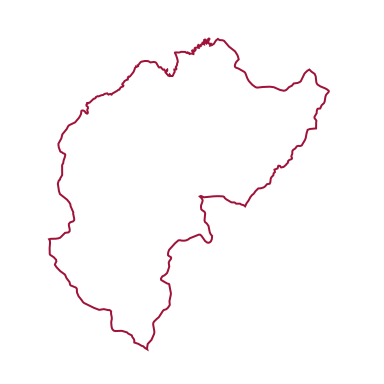 Raman, Yala, Thailand (Robinson projection), rotated 352°
{"feature_id": "78962969B66156572835957", "entity_name": "Raman", "entity_type": "district", "adm_level": 2, "iso_a3": "THA", "parent_name": "Thailand", "parent_adm1": "Yala", "projection": "robinson", "projection_center": [101.443, 6.471], "detail": "fine", "context": "isolated", "style": "outline", "palette": "rose", "viewbox_px": 384, "rotation_deg": 352, "n_neighbors": 0, "source": "geoboundaries", "source_scale": "gbopen_adm2", "svg_char_len": 5837}
<svg xmlns="http://www.w3.org/2000/svg" viewBox="0 0 384 384"><g transform="rotate(352 192 192)"><path d="M325.3,87.1L323.3,87.9L321.4,89.2L319.9,90.4L315.2,97.4L313.8,98.2L311.7,98.7L307.8,98.7L305.8,100.6L302.6,101.7L300.0,103.8L298.5,104.4L297.0,104.5L293.4,103.2L287.8,99.7L284.0,98.6L277.1,97.9L271.1,97.7L269.6,97.1L266.7,94.3L263.9,90.3L263.1,88.5L262.5,86.7L261.4,81.7L260.6,80.4L255.3,76.3L252.8,74.9L252.3,74.5L252.0,73.7L252.0,72.8L252.6,71.4L253.7,69.6L256.7,67.2L256.4,64.4L256.0,62.7L254.2,58.7L248.9,53.2L244.8,46.8L243.4,46.0L240.4,45.4L239.0,44.0L236.8,45.3L234.3,48.3L232.2,49.3L230.3,49.6L230.4,48.8L231.2,47.8L229.3,47.3L229.0,46.2L229.3,44.7L230.6,42.9L230.5,42.6L229.9,42.4L229.2,42.9L229.0,44.0L228.0,45.8L227.0,43.5L226.1,42.8L225.5,43.0L225.9,44.1L226.9,45.0L226.6,46.6L225.9,45.9L225.3,44.5L224.8,44.3L224.4,45.1L224.7,46.2L224.6,47.1L223.7,46.1L223.1,45.8L222.8,46.4L222.9,47.2L221.6,47.2L221.2,47.6L221.1,48.7L220.2,49.0L219.8,48.6L219.0,47.2L218.8,47.2L218.1,48.2L218.1,48.8L218.7,49.7L218.7,50.2L217.4,49.7L215.3,49.6L214.6,50.1L214.7,50.7L215.4,51.6L214.5,52.6L213.7,52.7L212.7,51.7L211.8,52.0L211.8,52.5L213.0,53.5L212.5,53.8L212.8,54.8L212.6,55.6L210.5,54.7L208.7,55.0L208.5,54.6L208.4,53.9L207.1,53.2L206.7,53.7L206.0,53.5L204.9,52.4L200.9,51.7L198.6,52.1L195.4,51.5L194.5,51.6L194.5,52.1L195.2,54.0L195.9,57.8L196.1,60.1L196.0,61.3L195.4,62.1L194.7,64.4L193.3,66.1L193.7,67.3L193.6,68.1L193.0,68.5L191.9,68.1L191.5,68.2L191.6,70.6L190.3,72.3L189.4,73.9L188.8,74.4L186.3,74.1L186.4,72.8L186.2,72.5L185.5,73.6L184.8,73.6L182.4,69.9L182.6,69.6L184.0,68.9L184.5,67.9L184.5,67.4L183.1,68.2L182.2,68.3L181.7,67.8L181.4,66.8L180.2,66.7L178.4,64.0L176.8,64.1L176.2,63.3L174.6,59.2L173.9,58.5L172.4,57.9L168.9,57.9L167.0,56.4L165.3,56.0L163.6,55.7L160.2,55.9L159.1,56.3L156.6,58.7L155.9,58.9L156.1,59.9L154.5,60.4L154.0,59.9L153.5,60.7L152.6,61.4L152.4,62.3L150.7,65.1L146.8,68.8L146.0,69.2L145.4,68.9L144.9,69.1L144.7,69.9L144.2,70.3L144.3,71.1L143.9,71.8L143.0,71.8L140.7,72.7L139.3,74.3L138.3,74.9L137.9,75.9L138.9,76.9L138.5,77.8L135.9,78.5L134.3,80.5L133.6,80.4L131.7,81.5L126.9,83.4L125.9,84.4L125.6,84.3L125.4,83.8L124.7,83.5L122.8,83.9L121.7,82.5L119.0,82.7L117.7,83.5L115.5,83.6L112.8,84.3L111.8,84.0L110.1,84.6L109.9,85.1L108.6,86.0L107.6,86.0L103.0,89.3L101.8,89.3L101.3,89.7L101.1,89.3L100.5,89.3L100.4,90.0L99.7,90.6L99.5,91.9L100.6,93.1L100.7,94.0L100.6,94.7L100.0,95.4L99.6,96.7L99.9,98.0L99.9,99.1L99.5,99.6L99.0,99.8L98.4,99.0L97.8,98.9L97.1,97.3L96.1,96.4L95.4,96.1L94.4,96.0L93.7,96.4L93.0,99.2L91.8,101.1L90.3,102.9L85.9,106.8L79.8,108.7L78.5,109.6L76.7,112.2L71.6,116.9L70.1,120.7L66.5,125.5L66.3,126.7L66.3,129.1L67.1,133.1L67.4,133.8L68.7,134.6L69.8,135.7L71.1,136.4L71.5,136.9L71.7,137.6L70.9,139.7L69.1,143.3L68.4,145.7L67.6,146.5L67.1,147.5L65.8,157.1L63.4,160.2L62.9,161.4L61.7,162.1L60.6,164.4L60.3,165.3L60.4,172.6L60.9,175.6L67.2,182.2L68.9,185.0L69.8,187.0L69.8,189.1L71.6,195.6L71.3,197.0L71.6,201.7L71.5,203.3L70.3,204.5L67.1,205.1L65.6,206.5L65.4,208.2L65.7,211.8L65.4,213.7L64.1,214.8L60.6,214.8L55.1,218.9L53.0,219.3L50.6,219.3L45.6,218.7L43.9,218.9L44.5,220.4L44.3,222.8L43.2,227.7L42.5,233.7L42.8,234.5L46.0,237.3L48.0,240.2L48.0,241.9L46.4,244.2L46.1,245.0L46.5,245.8L47.4,247.7L50.5,252.0L54.7,256.1L55.8,259.9L58.2,264.2L58.4,266.9L59.0,267.7L63.6,270.4L64.4,271.5L64.4,272.8L64.2,274.2L64.2,275.8L65.2,279.5L67.8,283.9L68.7,285.8L69.8,287.0L78.8,293.1L83.7,295.8L88.4,295.7L92.3,297.2L94.0,297.5L95.3,298.9L94.9,301.2L95.1,304.8L94.9,306.7L94.3,308.3L93.8,310.2L93.6,314.5L94.0,316.7L95.1,318.3L96.6,319.0L103.1,319.7L108.0,321.9L109.1,323.3L112.4,325.6L112.8,327.5L113.8,329.2L114.2,331.0L113.9,333.0L117.7,334.9L120.7,337.3L122.4,338.1L123.5,339.7L125.8,341.6L125.7,340.5L127.0,336.3L131.3,332.8L134.5,327.6L135.1,326.2L135.3,324.5L135.1,317.9L135.4,316.4L136.3,315.1L139.4,312.8L141.7,311.4L146.8,305.5L147.8,304.9L149.9,304.6L151.7,303.6L154.0,301.2L154.3,300.5L154.5,296.9L156.8,290.5L157.0,289.3L156.6,280.4L156.3,279.8L154.6,279.1L149.3,274.9L149.1,274.1L149.3,273.3L150.8,271.5L153.3,270.6L155.9,268.9L157.0,267.1L159.1,262.7L159.1,258.8L160.0,257.2L161.7,255.5L162.2,254.5L162.0,253.6L159.9,251.9L159.5,251.3L159.7,249.6L160.3,247.9L161.4,246.0L168.1,240.4L171.8,238.0L173.5,238.1L175.0,238.7L177.3,239.1L179.4,239.1L181.5,238.5L183.4,237.5L192.7,235.2L194.1,235.4L195.2,236.6L198.2,242.4L200.0,244.2L201.6,244.6L203.0,244.1L203.9,243.4L205.1,241.4L205.8,238.3L204.6,236.4L204.0,234.4L203.6,227.9L202.3,225.3L200.7,223.5L200.5,222.6L200.5,221.6L202.1,214.9L201.6,213.3L199.2,211.1L198.8,210.4L198.8,208.4L199.1,206.6L201.0,203.0L201.4,201.6L200.8,199.7L199.1,197.5L200.2,197.2L200.8,197.4L203.0,198.9L212.9,199.3L217.6,199.8L222.2,200.7L223.1,201.3L223.7,202.7L225.0,204.1L229.3,207.5L229.9,207.8L232.8,208.3L234.1,209.7L237.9,210.2L239.0,211.3L241.3,212.2L242.6,213.6L244.5,210.7L246.6,208.6L249.2,205.1L250.9,203.5L252.9,202.3L255.0,200.0L258.1,197.7L260.5,197.9L263.3,197.5L264.8,196.9L267.4,194.7L270.1,194.6L270.9,193.4L271.8,189.8L272.6,188.5L274.9,186.7L275.4,184.9L276.9,183.8L276.8,181.3L280.0,180.6L281.1,178.1L281.6,178.0L282.9,178.6L283.3,179.8L283.7,180.1L286.2,179.9L288.7,178.3L289.8,177.2L290.6,176.8L291.4,175.6L291.4,174.9L292.8,173.8L295.2,173.3L295.8,172.3L295.3,170.8L295.5,170.1L296.6,168.2L297.1,165.4L298.0,164.4L300.4,163.2L302.1,161.4L303.7,161.1L305.4,161.5L307.1,161.2L311.1,156.2L312.0,154.6L313.8,149.4L315.2,146.5L317.8,146.0L323.7,146.3L324.6,140.6L325.1,138.8L324.5,137.3L323.8,136.4L323.6,135.3L323.9,134.4L326.4,131.3L326.9,128.9L327.9,127.1L330.6,127.1L332.5,124.1L335.0,122.4L335.9,121.0L337.5,115.9L338.5,114.2L341.1,112.1L341.5,111.3L341.4,110.7L340.0,109.2L338.1,107.8L333.7,105.2L331.2,103.0L330.5,101.3L330.4,100.1L330.6,94.8L329.9,92.1L326.9,89.3L325.3,87.1Z" fill="none" stroke="#9f1239" stroke-width="2"/></g></svg>